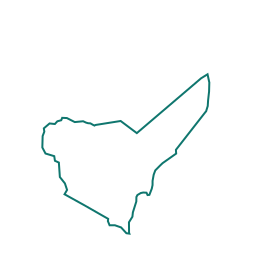 outline of Piti, Guam, rotated 128°
{"feature_id": "77769853B27536991093250", "entity_name": "Piti", "entity_type": "district", "adm_level": 2, "iso_a3": "GUM", "parent_name": "Guam", "parent_adm1": "", "projection": "albers", "projection_center": [144.681, 13.441], "detail": "fine", "context": "isolated", "style": "outline", "palette": "teal", "viewbox_px": 256, "rotation_deg": 128, "n_neighbors": 0, "source": "geoboundaries", "source_scale": "gbopen_adm2", "svg_char_len": 1077}
<svg xmlns="http://www.w3.org/2000/svg" viewBox="0 0 256 256"><g transform="rotate(128 128 128)"><path d="M198.9,177.3L195.6,168.8L198.8,165.4L197.8,161.2L208.6,151.5L210.5,143.6L214.3,137.9L219.3,137.2L218.9,134.8L216.8,121.4L215.9,115.8L213.1,96.5L211.8,87.7L212.7,87.1L213.7,86.6L216.0,82.6L212.7,78.4L210.6,72.2L211.9,64.5L210.4,61.9L210.2,62.2L210.0,62.6L201.7,69.2L195.2,69.9L191.5,72.2L180.8,76.2L178.4,78.0L177.2,78.9L175.0,79.3L171.4,77.9L169.5,76.3L167.6,73.6L168.8,71.3L167.5,70.0L161.2,71.9L157.9,73.5L154.5,76.1L149.0,79.0L144.6,80.4L137.8,79.6L134.4,79.1L118.5,74.3L116.5,76.1L115.7,76.8L114.9,76.8L88.4,76.8L78.5,76.8L70.1,76.8L67.5,76.8L66.8,76.7L65.8,77.1L61.6,78.7L56.9,81.9L49.3,86.6L42.0,92.0L41.8,92.3L40.2,94.2L36.7,98.4L43.8,101.0L126.6,117.9L127.0,138.1L144.9,154.8L145.8,155.6L146.7,155.9L147.0,157.1L147.5,160.5L148.8,162.4L149.6,164.4L150.3,167.5L156.1,173.6L157.8,182.3L160.5,186.1L163.0,185.4L166.2,187.8L169.9,188.1L172.7,192.6L180.1,194.1L182.4,191.7L186.9,190.3L196.1,183.5L198.9,177.3Z" fill="none" stroke="#0f766e" stroke-width="2"/></g></svg>